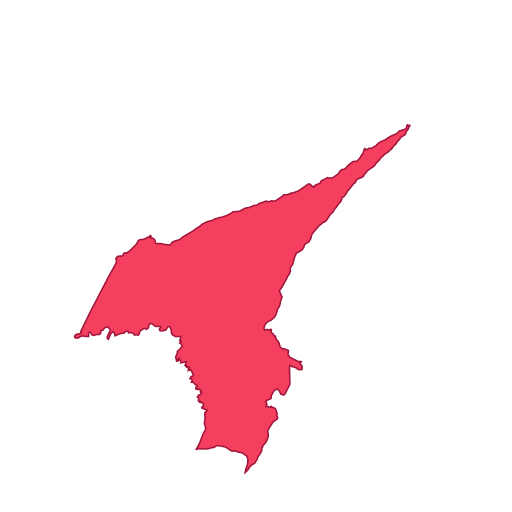 Tocaima, Cundinamarca, Colombia, rotated 34°
{"feature_id": "7082276B61124512176506", "entity_name": "Tocaima", "entity_type": "district", "adm_level": 2, "iso_a3": "COL", "parent_name": "Colombia", "parent_adm1": "Cundinamarca", "projection": "equal_earth", "projection_center": [-74.634, 4.489], "detail": "fine", "context": "isolated", "style": "filled", "palette": "rose", "viewbox_px": 512, "rotation_deg": 34, "n_neighbors": 0, "source": "geoboundaries", "source_scale": "gbopen_adm2", "svg_char_len": 6136}
<svg xmlns="http://www.w3.org/2000/svg" viewBox="0 0 512 512"><g transform="rotate(34 256 256)"><path d="M172.2,298.3L171.1,298.4L169.7,299.2L166.3,301.5L165.4,301.2L163.2,299.3L160.8,298.9L159.3,299.2L158.8,299.7L157.3,297.9L156.8,298.3L156.7,300.2L155.8,300.8L153.8,304.7L150.3,307.7L149.9,309.1L150.2,313.5L148.4,322.6L147.0,325.9L145.8,326.4L144.9,327.9L145.2,331.2L143.6,331.7L141.5,333.8L141.2,335.4L141.2,336.5L143.1,337.9L144.1,341.3L145.3,355.1L150.0,396.4L152.9,416.7L153.9,416.9L154.0,417.3L153.7,418.8L152.3,419.8L150.5,422.1L150.5,423.8L150.9,424.7L152.1,424.9L153.5,424.2L154.5,423.2L155.5,420.9L156.6,419.5L162.1,416.6L162.1,415.7L160.5,413.8L160.3,413.1L160.6,412.1L161.6,411.9L163.7,413.1L165.5,412.9L168.3,409.7L170.1,408.8L170.4,406.7L169.4,405.0L169.5,404.2L170.6,403.2L170.6,400.6L172.0,398.4L172.5,397.9L173.4,397.9L175.5,398.3L176.7,399.0L177.8,406.2L178.6,407.3L179.6,407.7L180.2,407.5L179.1,401.8L179.2,400.7L179.9,398.6L181.7,399.2L183.8,401.0L186.7,396.4L189.8,393.6L190.0,391.9L191.1,390.2L192.2,390.0L193.3,391.1L194.2,389.9L197.5,388.7L199.4,389.6L200.8,388.4L202.8,387.3L202.8,385.6L202.0,384.4L201.9,383.0L203.8,378.4L205.9,378.1L206.5,377.6L206.9,376.5L206.9,375.3L206.0,373.8L205.9,372.8L206.4,371.0L207.9,370.2L211.1,370.7L212.5,370.4L216.0,367.8L216.8,368.2L216.7,369.9L217.0,371.1L218.2,371.6L218.9,371.3L220.0,370.7L222.5,368.0L222.7,367.0L222.5,364.4L222.7,363.7L223.6,363.0L224.3,363.1L226.7,364.4L229.2,367.4L231.4,368.2L234.5,367.7L238.7,364.7L238.9,364.9L240.1,368.9L241.3,368.1L242.0,368.7L241.4,370.8L243.6,371.0L244.7,371.5L245.3,372.3L245.0,373.4L245.1,375.3L244.1,379.0L245.0,380.4L245.8,384.2L246.3,385.4L248.0,386.4L248.7,387.5L249.4,387.5L250.2,386.3L250.1,385.9L249.0,385.0L249.8,383.7L250.7,385.2L251.7,385.0L253.1,385.5L253.4,386.7L257.3,382.8L258.1,384.8L258.3,386.4L258.8,386.4L259.3,385.8L260.2,385.9L260.0,386.9L260.5,387.0L262.1,385.8L263.5,388.2L263.5,386.3L264.1,387.0L264.2,388.3L265.6,386.9L266.0,387.4L267.0,387.5L270.6,389.8L270.9,390.7L269.6,392.2L269.6,394.3L270.1,394.7L271.3,394.1L272.2,394.4L272.9,395.1L273.0,396.7L274.5,395.8L277.1,396.5L279.5,396.2L280.1,396.6L280.2,397.1L279.5,398.5L280.6,399.9L281.9,399.3L282.7,399.3L283.1,398.2L283.7,398.0L285.2,398.2L285.6,399.4L286.2,400.0L286.8,399.0L287.0,399.1L287.5,400.1L287.5,401.9L287.2,402.5L286.4,402.9L286.0,405.3L286.5,405.9L287.4,405.5L288.1,405.9L289.0,408.2L290.0,408.5L290.7,407.7L290.9,408.8L292.1,408.5L293.2,407.5L294.0,407.6L296.0,409.2L296.4,409.8L296.4,410.5L295.8,410.7L295.7,411.4L295.7,411.8L296.3,412.4L301.5,411.1L301.7,412.0L301.2,414.2L302.4,416.5L304.3,418.6L307.0,424.0L309.9,426.1L311.3,428.4L311.3,430.9L312.0,435.0L313.9,442.8L314.5,448.3L314.4,450.3L315.2,448.8L323.9,442.9L326.0,440.2L328.1,438.4L329.5,435.2L330.5,434.4L337.6,431.4L344.5,431.4L345.5,431.0L348.4,428.9L350.4,428.7L354.6,427.0L360.1,427.0L363.2,429.3L365.4,433.4L366.8,438.7L368.1,441.6L368.9,438.3L368.7,435.0L369.5,430.9L370.6,429.2L370.8,428.0L370.6,423.5L370.0,422.2L370.0,416.4L369.5,413.7L368.2,411.9L368.3,410.5L367.7,409.0L368.5,405.6L368.1,404.3L368.2,402.9L367.0,398.4L364.8,395.8L363.8,395.2L363.1,391.3L363.0,384.4L363.7,381.7L364.7,379.7L364.5,377.8L362.5,376.8L361.6,374.7L357.5,371.7L355.3,371.8L354.0,372.6L352.9,372.1L352.1,372.7L352.5,373.4L351.8,374.2L349.8,374.1L348.4,375.3L348.1,374.7L348.1,373.2L347.0,371.9L345.4,371.1L345.6,369.8L348.0,366.2L348.1,365.4L346.9,363.5L346.4,360.1L346.4,357.4L347.6,354.6L350.1,354.5L354.0,356.7L356.5,355.8L357.1,355.2L357.2,354.2L355.9,343.7L355.4,342.7L345.7,329.1L345.2,327.8L345.8,327.3L347.2,327.8L350.3,326.5L355.1,326.3L357.6,324.4L356.7,322.7L355.2,321.1L353.6,320.9L352.3,320.1L352.6,319.4L352.7,318.3L351.6,318.6L350.9,319.4L349.6,319.9L340.6,321.0L337.5,319.6L335.8,316.2L331.9,317.0L329.6,318.1L326.8,317.9L324.2,315.5L322.0,314.3L319.7,313.9L318.0,312.8L317.0,311.5L315.6,312.1L313.5,310.8L311.1,311.1L310.2,308.7L309.8,308.4L309.1,308.6L308.7,309.8L306.2,310.7L304.5,312.7L303.2,311.7L302.3,309.6L301.9,306.4L302.9,302.9L304.0,301.6L304.6,300.2L305.4,297.0L305.5,294.8L305.3,293.3L303.5,287.4L303.6,285.1L303.3,283.6L301.9,280.4L300.8,276.8L300.7,275.5L294.9,271.9L294.9,266.9L294.1,257.8L293.6,255.2L293.8,252.6L292.8,248.8L291.9,248.3L291.0,246.2L291.1,242.4L288.8,235.8L287.9,230.8L289.0,229.2L290.8,225.2L290.7,221.5L290.1,220.4L290.0,219.5L290.4,217.7L291.7,215.3L291.9,214.3L291.6,210.3L290.7,208.8L290.3,206.6L290.4,203.7L291.4,195.7L292.4,192.5L292.4,191.6L294.0,189.0L294.5,186.7L294.4,179.8L295.3,176.7L295.0,174.6L295.4,168.5L295.3,167.3L295.8,163.8L295.8,162.8L294.8,159.7L295.1,158.5L295.6,157.9L295.9,153.9L295.6,150.9L296.0,148.8L296.5,141.5L297.3,139.6L296.9,137.4L297.0,135.8L300.4,130.6L300.3,127.6L300.8,122.7L303.7,115.2L303.7,111.7L304.6,107.2L304.6,105.2L306.0,99.0L307.6,95.4L307.8,93.3L308.5,91.7L308.7,87.1L309.5,84.5L309.1,83.1L309.8,79.1L309.6,76.8L311.8,71.9L311.0,68.3L311.3,65.8L310.7,64.1L310.8,62.2L310.5,61.7L309.8,62.3L308.2,62.5L308.1,63.5L309.2,66.3L308.6,67.8L306.8,69.7L305.6,71.8L304.9,72.1L304.9,73.1L304.2,75.2L304.3,76.5L303.5,77.0L300.7,81.3L299.1,84.7L298.3,87.3L295.6,91.3L294.4,93.9L293.7,97.5L292.9,99.6L292.4,100.0L292.3,100.9L291.1,102.4L289.4,103.6L287.9,106.5L286.9,106.5L286.2,105.9L285.9,106.3L287.4,111.7L287.1,112.7L287.3,117.3L286.8,120.0L286.3,121.3L283.7,123.3L282.8,125.6L281.7,129.2L281.2,133.0L280.0,135.7L279.0,135.9L278.1,138.7L278.3,141.0L278.0,142.7L275.7,148.5L272.9,150.6L271.4,151.0L269.0,155.7L268.6,155.9L268.0,157.7L268.5,159.5L265.3,164.7L265.8,166.1L265.7,166.5L265.1,166.7L264.3,166.4L263.8,166.9L260.9,166.2L259.2,166.8L255.5,176.5L254.4,178.9L251.0,183.5L250.1,183.9L248.5,186.6L245.7,189.3L244.6,189.8L244.7,191.2L241.3,199.4L240.1,200.6L238.0,201.4L236.9,203.2L235.9,204.1L233.6,204.8L231.9,207.4L229.4,210.4L228.2,213.6L226.3,215.0L223.0,219.8L220.3,222.3L217.2,228.2L212.2,232.3L211.3,234.9L208.8,239.2L205.3,243.7L203.8,244.8L202.8,246.5L201.0,248.4L200.3,250.4L196.5,254.7L194.1,258.7L193.3,260.4L193.0,262.3L190.7,267.5L190.0,270.0L185.0,280.4L183.4,285.3L180.0,289.3L178.9,291.2L178.6,295.0L172.2,298.3Z" fill="#f43f5e" stroke="#9f1239" stroke-width="1.5"/></g></svg>